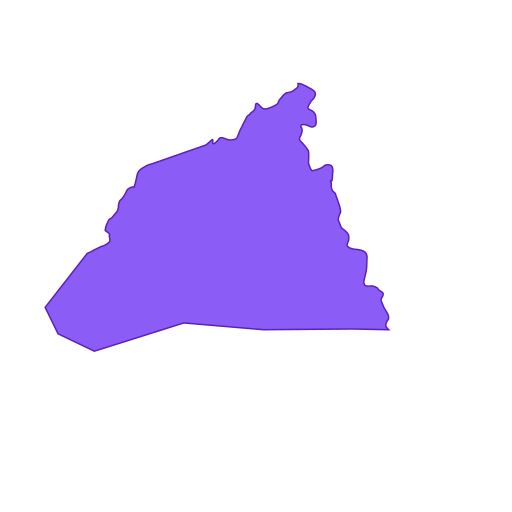 Ceguaca, Santa Bárbara, Honduras (orthographic projection), rotated 212°
{"feature_id": "27666195B41370347512850", "entity_name": "Ceguaca", "entity_type": "district", "adm_level": 2, "iso_a3": "HND", "parent_name": "Honduras", "parent_adm1": "Santa Bárbara", "projection": "orthographic", "projection_center": [-88.209, 14.817], "detail": "fine", "context": "isolated", "style": "filled", "palette": "violet", "viewbox_px": 512, "rotation_deg": 212, "n_neighbors": 0, "source": "geoboundaries", "source_scale": "gbopen_adm2", "svg_char_len": 6145}
<svg xmlns="http://www.w3.org/2000/svg" viewBox="0 0 512 512"><g transform="rotate(212 256 256)"><path d="M104.4,263.8L106.7,264.4L107.6,264.7L108.1,265.0L108.6,265.3L109.0,265.7L109.2,266.0L109.5,266.5L109.7,267.0L110.0,268.1L110.2,269.1L110.3,270.2L110.2,271.8L110.2,272.3L110.3,272.7L110.6,273.4L110.9,274.0L111.4,274.7L111.8,275.2L113.2,276.4L114.3,277.1L117.7,278.8L120.5,280.3L123.4,282.4L125.8,284.1L126.4,284.6L126.6,284.9L126.9,285.4L127.2,286.5L127.3,287.1L127.2,288.0L127.2,288.5L127.3,289.1L127.5,289.9L127.7,290.5L128.0,291.2L128.3,291.5L128.6,291.8L129.3,292.0L130.2,292.2L130.9,292.2L133.0,292.2L133.8,292.3L135.1,292.7L136.3,293.2L137.9,293.1L139.0,292.9L139.8,292.8L140.5,292.6L141.1,292.3L141.8,292.0L142.7,291.5L144.4,290.2L145.1,289.8L146.2,289.2L147.1,288.9L147.8,288.9L148.3,289.0L149.0,289.2L149.5,289.7L150.1,290.2L150.6,290.8L150.9,291.3L151.2,291.8L152.4,295.4L154.2,300.7L155.2,303.0L156.0,304.8L161.5,314.3L162.0,314.9L162.5,315.4L163.1,315.9L163.6,316.3L164.7,316.8L165.7,317.1L166.6,317.2L167.7,317.1L169.8,316.6L171.6,316.0L173.4,315.3L176.0,314.0L177.1,313.5L178.1,313.2L179.8,312.7L180.9,312.6L181.8,312.5L182.6,312.6L183.5,312.7L184.0,312.9L184.3,313.1L184.6,313.5L184.9,314.5L185.3,315.9L185.6,317.7L185.9,318.7L186.4,319.7L187.1,320.9L187.9,321.9L188.5,322.6L189.1,323.1L190.0,323.6L190.7,323.9L191.7,324.2L192.5,324.4L194.8,324.8L197.2,325.0L197.9,325.1L198.4,325.3L199.2,325.7L199.9,326.1L204.8,329.8L205.3,330.2L205.7,330.8L206.1,331.6L206.4,332.4L207.1,335.3L207.4,337.3L207.7,338.2L207.9,338.7L208.2,339.1L209.4,340.5L211.1,342.2L213.1,343.9L217.5,347.5L220.7,350.0L221.9,351.0L222.3,351.2L222.9,351.4L223.3,351.5L224.2,351.5L224.8,351.6L225.3,351.8L225.8,352.0L226.7,352.5L227.3,353.0L227.7,353.3L228.4,354.1L229.1,355.0L230.6,357.5L230.9,357.9L231.4,358.3L231.7,358.5L232.3,358.7L232.5,358.9L232.6,359.1L232.5,359.5L232.1,359.8L231.5,360.1L232.3,362.0L234.3,365.8L235.7,368.5L236.1,369.2L236.6,369.9L237.3,370.7L237.9,371.4L238.5,371.9L239.1,372.2L239.9,372.4L240.6,372.5L241.4,372.3L242.2,372.1L243.0,371.7L243.8,371.2L244.6,370.6L245.2,369.9L245.8,369.0L246.1,368.3L246.5,366.9L246.9,365.9L247.9,364.5L248.9,363.1L251.2,360.3L252.7,358.9L253.1,358.4L253.5,358.2L253.9,358.0L254.2,358.0L254.5,358.1L255.5,358.7L256.9,359.5L258.7,360.9L260.1,362.0L260.4,362.4L260.7,362.8L261.2,363.4L263.5,367.5L266.0,371.4L266.7,372.3L267.2,372.8L267.7,373.1L268.7,373.6L270.7,374.5L275.2,376.0L276.6,376.4L279.2,377.0L279.9,377.2L280.6,377.7L280.9,378.0L281.2,378.3L281.4,378.6L281.5,379.0L281.7,379.8L281.8,381.5L282.1,383.0L282.7,385.3L283.1,386.3L283.4,386.8L283.7,387.4L284.7,388.4L285.4,389.0L285.7,389.1L286.3,389.3L286.5,389.4L286.7,389.5L286.8,389.8L287.0,390.1L287.0,390.5L287.0,390.8L286.9,391.1L286.7,391.5L286.0,392.2L285.0,392.8L283.6,393.6L283.0,393.7L279.7,394.3L277.6,394.7L277.3,394.8L277.0,395.0L276.4,395.4L275.8,396.1L275.3,396.8L275.0,397.4L274.9,398.1L274.9,398.8L275.1,399.6L275.4,400.5L275.9,401.3L277.0,403.0L277.9,404.2L279.5,406.2L279.8,406.6L280.3,407.1L280.8,407.4L281.3,407.8L282.0,408.1L282.9,408.4L283.5,408.6L284.4,408.8L285.2,408.9L285.8,408.9L286.4,408.8L287.4,408.6L288.3,408.5L289.3,408.7L290.2,408.9L290.4,409.0L290.7,409.3L290.9,409.9L291.1,411.4L291.2,412.4L291.3,415.3L291.3,416.3L291.2,417.0L290.8,419.0L290.6,420.0L290.6,420.9L290.7,422.2L290.9,423.5L291.1,424.0L291.3,424.6L291.6,425.0L291.9,425.3L292.2,425.6L292.6,426.0L293.1,426.3L293.6,426.5L294.5,426.7L295.1,426.8L297.1,426.9L299.4,426.8L304.1,426.5L308.1,426.0L308.8,425.9L309.6,425.6L310.4,425.3L311.0,425.0L311.8,424.5L311.4,424.1L311.0,423.5L310.7,423.0L310.4,422.3L310.3,421.8L310.2,421.3L310.2,420.8L310.3,420.4L311.6,416.9L312.3,415.2L312.5,414.8L313.3,413.8L314.3,412.6L315.0,412.0L315.8,411.3L316.4,410.8L317.0,409.9L317.3,409.2L317.6,408.3L318.0,406.7L318.5,403.5L318.8,401.8L318.8,400.3L318.8,399.3L318.7,398.7L318.4,397.6L318.4,397.1L318.5,396.4L318.7,395.5L319.2,394.5L320.7,392.0L322.4,389.5L323.8,387.8L324.3,387.1L324.9,386.5L325.6,386.0L326.3,385.5L327.0,385.1L327.6,384.9L328.1,384.8L329.0,384.7L333.4,385.7L335.0,385.9L335.7,386.0L336.0,385.9L336.3,385.8L336.5,385.5L336.6,385.2L336.7,384.8L336.6,384.3L336.4,383.8L335.8,382.9L335.6,382.2L334.9,380.3L334.8,379.7L334.8,379.1L335.1,377.9L335.1,376.8L335.3,376.4L335.8,375.8L336.0,375.3L336.2,374.6L336.3,373.4L336.4,372.7L336.7,371.9L337.2,371.0L337.3,370.6L337.4,370.1L337.5,369.3L337.4,367.6L337.2,365.5L336.9,361.7L336.4,357.5L336.3,355.1L336.2,354.3L334.8,346.7L334.8,346.1L334.9,345.6L335.0,345.1L335.2,344.7L335.6,344.1L335.9,343.7L337.1,342.5L338.2,341.5L339.3,340.8L340.4,340.2L341.6,339.8L342.8,339.5L345.2,339.0L346.8,338.6L347.4,338.4L347.9,338.1L348.7,337.5L349.2,336.9L349.4,336.4L349.5,335.9L349.5,334.9L349.6,334.2L349.9,332.7L350.5,330.6L351.0,329.4L351.2,328.9L351.4,328.8L351.7,328.6L351.9,328.6L352.2,328.7L352.5,328.9L352.7,329.1L353.0,329.6L354.1,331.6L354.4,331.7L354.5,331.7L354.8,331.4L355.0,331.1L355.1,330.8L356.7,325.4L357.3,323.6L393.2,278.9L394.4,277.6L395.7,276.0L396.3,275.1L396.9,274.2L398.9,270.4L399.5,269.0L399.9,267.8L400.2,266.5L400.3,265.4L400.3,264.3L400.1,262.9L399.7,261.6L398.0,256.9L396.8,253.2L395.9,250.0L396.7,249.6L397.4,249.0L398.2,248.1L398.9,247.2L399.3,246.5L399.8,245.5L400.1,244.7L400.2,243.9L400.2,242.8L399.9,239.9L399.8,237.3L399.9,234.5L399.9,233.9L400.1,233.2L400.3,232.5L400.6,231.7L400.7,231.1L400.8,230.6L400.7,229.9L400.5,228.8L399.9,227.1L399.3,225.7L398.4,224.2L398.0,223.2L397.6,221.8L397.5,221.1L397.5,220.5L397.5,219.6L398.0,216.2L398.3,213.5L398.4,212.7L398.6,211.9L399.1,210.8L399.3,210.4L399.8,209.7L399.9,209.2L399.9,208.7L399.8,207.3L399.4,203.9L398.9,201.4L398.6,200.5L398.1,199.2L397.3,197.6L395.8,197.6L394.8,197.5L392.8,197.2L392.2,197.0L391.8,196.8L391.6,196.6L391.4,196.4L391.2,195.6L390.9,195.1L389.6,193.6L388.6,192.4L388.2,192.0L387.9,191.3L387.9,190.9L387.8,190.5L387.9,190.0L388.0,189.4L388.5,188.0L389.0,186.8L390.1,184.8L390.9,183.6L392.0,182.4L392.5,181.8L396.5,175.3L397.6,173.3L398.2,172.1L399.4,170.4L400.5,168.9L407.6,100.7L382.6,85.1L342.7,89.6L281.7,161.0L210.5,197.5L136.2,244.8L104.4,263.8Z" fill="#8b5cf6" stroke="#5b21b6" stroke-width="1.5"/></g></svg>